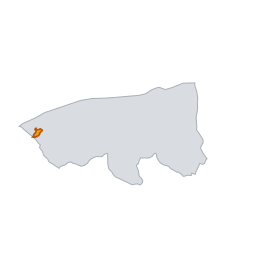 Karluway #1, Maryland, Liberia (highlighted), rotated 133°
{"feature_id": "62588387B21181915979204", "entity_name": "Karluway #1", "entity_type": "district", "adm_level": 2, "iso_a3": "LBR", "parent_name": "Liberia", "parent_adm1": "Maryland", "projection": "albers", "projection_center": [-7.745, 4.792], "detail": "fine", "context": "in_parent", "style": "filled", "palette": "amber", "viewbox_px": 256, "rotation_deg": 133, "n_neighbors": 0, "source": "geoboundaries", "source_scale": "gbopen_adm2", "svg_char_len": 3560}
<svg xmlns="http://www.w3.org/2000/svg" viewBox="0 0 256 256"><g transform="rotate(133 128 128)"><path d="M49.4,109.8L51.4,108.1L54.4,102.6L58.6,97.3L62.5,94.2L65.6,91.0L68.9,88.5L73.6,85.6L80.7,78.0L82.4,77.1L83.6,71.9L85.4,65.2L87.5,63.1L92.3,61.9L93.5,60.7L95.2,56.0L96.4,50.5L96.5,49.3L98.4,49.1L101.6,48.0L103.5,48.5L104.4,50.1L104.8,51.4L114.7,48.0L115.6,47.3L116.1,47.4L117.4,50.5L118.1,50.4L118.7,49.5L119.3,49.4L120.1,49.8L120.9,51.2L122.2,52.5L124.3,53.5L125.7,54.7L125.5,58.0L126.0,61.3L126.9,62.0L127.4,63.9L127.7,66.0L128.2,67.1L128.6,69.3L128.4,71.6L128.7,73.2L130.3,76.0L131.3,79.4L131.3,81.9L130.7,84.5L129.7,86.9L127.8,89.5L127.6,90.5L128.7,91.2L130.4,91.3L131.8,90.8L135.3,92.0L137.2,93.7L138.8,95.8L140.2,96.9L140.9,98.3L143.4,97.9L146.3,96.6L146.9,96.0L147.7,96.3L149.6,96.5L150.9,94.2L152.0,91.5L154.2,88.6L155.3,87.5L155.6,85.7L155.8,83.3L156.6,81.2L158.4,80.1L160.4,80.1L161.5,80.5L162.1,82.5L163.7,84.1L165.0,85.1L165.8,85.5L166.9,86.7L168.0,90.7L172.3,103.8L172.1,107.3L171.2,109.7L171.2,112.0L170.9,114.3L168.3,118.0L160.5,125.6L161.1,126.2L163.0,127.1L164.9,127.5L166.4,127.3L168.3,129.2L170.4,131.6L172.6,132.8L175.8,133.9L178.6,134.1L181.0,133.6L184.3,134.1L187.9,136.1L189.2,139.4L190.0,142.2L191.3,143.6L191.4,146.1L194.0,148.3L197.6,148.7L202.3,151.2L203.5,151.1L204.0,150.8L204.6,151.3L205.7,158.6L206.6,162.5L206.2,164.0L205.5,165.3L205.5,171.2L203.4,174.6L203.0,178.3L202.4,179.5L200.2,180.6L200.2,183.4L199.5,186.9L199.3,190.6L200.0,200.2L200.1,207.3L201.1,208.7L196.7,208.1L183.7,202.6L173.7,199.5L140.2,181.5L130.9,174.3L120.2,163.6L96.4,142.0L91.0,138.5L84.1,136.8L79.9,134.9L76.9,132.9L74.5,127.0L68.5,123.4L57.6,118.3L49.4,109.8Z" fill="#d9dde1" stroke="#a8b0b8" stroke-width="1"/><path d="M188.4,191.7L188.7,191.8L189.0,191.9L189.4,192.0L189.7,192.0L189.8,192.1L190.0,192.2L190.2,192.3L190.4,192.4L190.5,192.5L190.9,192.8L191.0,192.9L191.2,193.1L191.3,193.2L191.3,193.4L191.3,193.6L191.2,193.9L191.2,194.1L191.2,194.3L191.3,194.5L191.3,194.8L191.3,195.0L191.3,195.3L191.2,195.3L191.3,195.4L191.6,195.3L191.9,195.3L192.1,195.3L192.2,195.2L192.4,195.1L192.6,194.9L192.7,194.7L192.8,194.5L192.8,194.4L192.8,194.2L192.9,193.9L192.9,193.6L193.0,193.4L193.0,193.2L193.2,192.9L193.3,192.8L193.4,192.7L193.5,192.7L193.8,192.6L194.0,192.6L194.3,192.6L194.5,192.6L194.8,192.5L195.0,192.4L195.4,192.4L195.5,192.4L195.7,192.5L195.8,192.6L196.1,192.6L196.4,192.6L196.6,192.5L196.8,192.4L197.0,192.4L197.3,192.3L197.4,192.2L197.6,192.2L197.8,192.1L197.9,191.9L198.0,191.7L198.3,191.6L198.5,191.6L198.9,191.6L199.0,191.7L199.3,191.6L199.5,191.6L199.4,191.5L199.3,191.4L199.2,191.3L199.2,191.1L199.2,190.9L199.2,190.7L199.3,190.6L199.2,190.5L198.8,190.6L198.6,190.5L198.4,190.5L198.4,190.4L198.2,190.4L198.2,190.2L198.0,189.8L198.0,189.7L197.9,189.5L197.8,189.4L197.7,189.4L197.4,189.4L197.2,189.4L196.9,189.4L196.7,189.2L196.6,188.9L196.5,189.0L196.4,188.9L196.1,188.9L195.8,188.9L195.7,188.9L195.4,188.7L195.2,188.6L195.0,188.4L194.9,188.3L194.8,188.2L194.7,188.1L194.4,188.0L194.2,188.2L194.0,188.3L193.9,188.3L193.7,188.5L193.5,188.4L193.4,188.3L193.2,188.3L193.0,188.5L192.9,188.5L192.7,188.5L192.7,188.8L192.4,188.8L192.2,188.9L192.2,189.0L191.9,189.1L191.7,189.2L191.4,189.0L191.3,188.9L191.2,188.9L191.0,189.0L190.9,189.1L190.7,189.0L190.3,189.0L190.2,189.0L189.9,189.2L189.7,189.1L189.2,188.9L188.7,188.9L188.3,189.0L188.2,189.0L188.0,189.3L188.0,189.5L188.1,189.8L188.1,190.1L188.1,190.3L188.1,190.5L188.3,190.8L188.4,191.0L188.4,191.4L188.4,191.5L188.4,191.7Z" fill="#f59e0b" stroke="#b45309" stroke-width="1.5"/></g></svg>